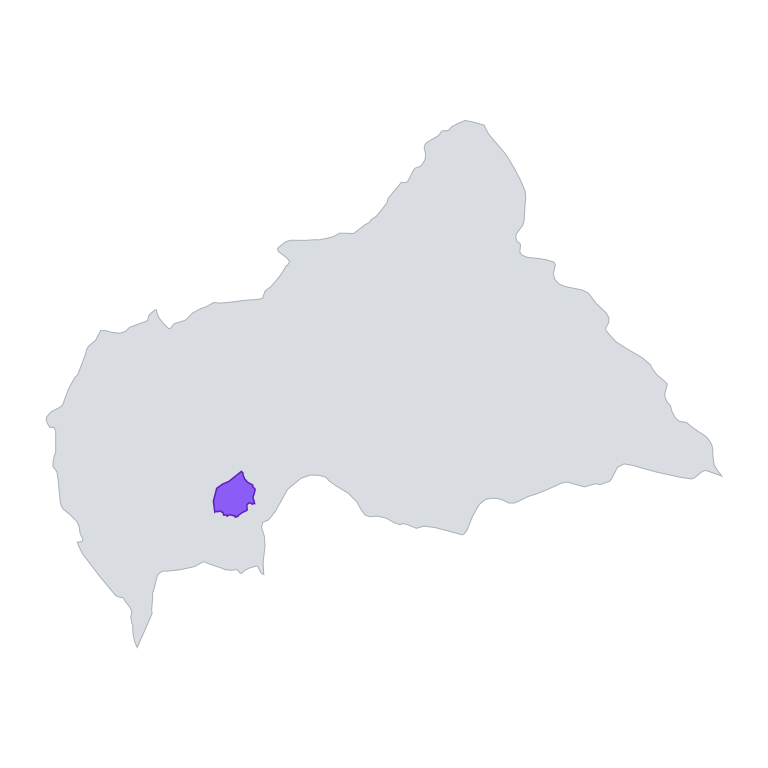 Boali, Ombella-M'Poko, Central African Republic (highlighted)
{"feature_id": "33826404B11454155454969", "entity_name": "Boali", "entity_type": "district", "adm_level": 2, "iso_a3": "CAF", "parent_name": "Central African Republic", "parent_adm1": "Ombella-M'Poko", "projection": "natural_earth1", "projection_center": [18.06, 4.808], "detail": "fine", "context": "in_parent", "style": "filled", "palette": "violet", "viewbox_px": 768, "rotation_deg": 0, "n_neighbors": 0, "source": "geoboundaries", "source_scale": "gbopen_adm2", "svg_char_len": 4855}
<svg xmlns="http://www.w3.org/2000/svg" viewBox="0 0 768 768"><path d="M546.4,259.8L554.0,262.1L555.4,264.8L553.3,273.7L554.8,279.3L559.1,284.0L563.5,285.9L567.7,287.1L582.3,290.0L588.4,293.2L596.4,303.7L606.5,313.2L609.0,318.2L608.6,322.8L605.6,328.3L606.1,330.6L610.7,336.1L616.0,341.8L625.7,348.1L642.6,358.0L650.3,364.7L652.9,369.7L657.2,375.1L663.3,380.1L667.3,384.0L664.6,394.8L665.4,398.4L666.9,401.5L670.4,405.8L671.9,411.3L675.4,418.2L679.5,421.3L686.4,422.4L690.1,425.6L697.7,431.1L705.1,435.8L708.3,439.1L710.2,441.9L711.9,445.4L712.7,448.7L712.9,456.1L714.2,465.2L718.2,471.5L721.9,476.1L706.9,470.8L704.6,470.6L702.0,471.6L694.1,478.1L691.6,478.9L681.8,477.6L657.8,472.4L639.4,467.4L633.9,465.6L624.0,463.9L617.5,467.3L611.5,478.9L609.7,481.2L600.1,484.7L595.6,483.7L584.5,486.9L567.4,482.1L561.3,483.1L556.5,485.5L544.2,490.8L536.7,493.8L528.1,496.5L519.8,500.7L514.3,503.0L508.8,503.0L503.9,500.6L498.6,498.6L492.2,498.2L485.5,499.4L479.8,504.0L477.5,507.4L472.6,516.2L466.8,530.5L464.5,533.4L462.5,534.9L435.7,527.7L424.1,526.1L416.3,528.3L406.6,524.3L402.3,523.6L400.3,524.8L394.9,523.0L386.0,518.1L377.5,516.1L369.9,516.8L365.3,515.1L361.5,510.4L356.7,501.7L348.0,493.0L336.3,486.0L329.0,480.8L326.1,477.3L319.8,475.4L310.2,475.0L300.9,478.4L287.6,489.3L275.3,511.5L268.4,520.0L262.9,522.2L261.5,527.5L264.3,536.0L265.0,545.8L263.1,562.5L263.8,574.6L260.8,572.6L258.0,567.0L256.7,565.8L248.5,568.4L244.3,570.7L242.1,572.9L240.3,573.3L237.8,570.2L235.7,569.6L232.5,570.2L229.2,570.1L227.1,569.7L225.7,570.0L221.9,568.2L207.8,563.5L205.4,562.0L202.6,562.1L195.4,566.2L191.5,567.3L179.9,569.8L167.5,571.1L162.8,571.1L159.5,572.9L157.4,575.5L153.5,590.8L152.5,593.5L152.7,597.3L151.6,609.7L152.1,613.6L137.2,647.5L134.7,641.8L133.2,635.2L132.6,627.6L133.0,625.6L132.0,623.4L130.7,617.1L131.9,613.1L131.0,609.0L128.1,604.8L125.5,601.7L123.9,598.9L122.7,597.6L119.8,597.2L115.9,595.8L99.4,575.9L82.3,553.5L78.8,546.3L77.4,542.1L81.6,541.6L82.6,540.8L82.7,538.9L80.1,533.2L78.9,525.9L76.8,521.4L70.0,514.6L63.6,509.4L61.6,506.7L60.4,502.9L58.0,478.8L56.9,471.9L54.9,468.9L53.4,467.5L52.9,465.8L53.1,461.5L54.0,457.7L54.0,456.2L55.7,452.8L55.7,430.5L53.7,427.4L49.8,427.4L47.8,424.1L46.1,420.0L46.6,417.1L50.3,412.6L52.8,410.8L60.1,407.2L62.2,405.4L63.4,403.2L64.3,400.3L68.6,388.8L74.9,377.3L77.6,375.0L84.0,358.1L85.5,353.8L86.6,349.5L88.6,346.0L95.6,340.3L100.8,330.3L106.5,330.8L112.3,332.5L119.8,333.2L125.7,331.3L129.5,327.4L147.6,320.7L148.9,315.3L151.8,312.5L155.1,310.0L156.3,309.7L156.5,311.5L158.5,317.1L162.7,322.6L168.7,328.7L170.5,328.3L174.2,323.7L183.7,320.8L186.1,319.6L192.8,312.9L200.9,308.5L205.6,307.0L213.7,302.5L219.5,303.1L228.8,302.4L244.4,300.3L255.6,299.6L261.3,298.8L262.7,297.9L264.9,291.4L266.6,289.6L270.8,286.8L279.1,277.1L284.5,268.9L286.1,265.9L287.3,265.4L289.6,261.9L287.3,258.3L278.0,251.1L278.1,250.1L277.6,248.8L278.1,247.8L281.7,244.8L286.4,241.4L291.5,240.2L304.7,240.4L316.0,239.7L318.7,239.9L327.5,238.2L333.5,236.6L339.7,233.1L353.7,233.5L365.3,224.5L368.7,222.9L370.2,221.5L370.6,220.2L376.0,216.6L382.1,209.3L387.0,202.7L388.3,198.1L401.4,182.3L406.0,182.6L408.3,180.6L413.5,170.1L415.1,168.2L420.6,166.3L423.1,163.2L425.4,158.6L425.4,152.8L424.3,148.2L424.3,146.0L425.6,143.9L427.7,141.9L437.7,136.2L440.2,133.5L441.7,131.0L444.5,130.6L447.6,130.8L449.5,129.3L451.7,126.7L458.7,123.2L465.1,120.5L471.8,121.7L484.1,125.1L487.8,132.7L489.6,135.3L504.8,153.1L507.7,157.3L515.3,170.2L519.9,178.9L525.2,191.4L525.8,198.2L525.1,204.1L524.1,220.6L522.7,225.3L516.1,234.2L515.9,238.2L517.2,241.6L519.3,242.9L520.5,244.6L519.8,252.3L522.2,255.3L527.2,257.3L539.8,258.7L546.4,259.8Z" fill="#d9dde1" stroke="#a8b0b8" stroke-width="1"/><path d="M245.9,480.1L244.8,479.4L244.4,478.8L244.3,477.5L243.5,476.4L243.0,474.8L242.9,472.8L242.6,472.4L242.1,472.2L241.7,471.8L241.4,471.4L229.0,481.3L224.6,483.3L223.2,483.7L216.7,488.3L213.4,501.2L214.8,512.1L215.2,511.7L216.0,511.6L216.6,511.6L217.4,511.7L217.9,511.6L218.7,511.5L219.0,511.3L219.6,511.0L220.3,511.1L220.7,511.2L221.1,511.5L221.4,512.0L222.0,512.1L222.6,512.2L223.0,512.5L223.1,512.8L223.2,513.4L223.4,514.2L223.4,514.5L223.6,514.9L223.8,515.2L224.3,515.2L224.8,515.1L225.2,514.9L225.6,514.8L226.3,515.1L226.6,515.6L226.9,516.0L227.3,516.2L227.7,515.8L228.4,515.2L229.0,515.0L229.9,514.9L230.9,515.0L231.6,515.1L232.0,515.3L232.8,515.5L233.9,515.7L234.3,515.6L234.7,515.5L234.8,516.2L234.9,516.6L235.2,517.1L235.9,517.1L236.4,516.8L237.1,516.5L237.9,516.4L238.0,516.0L238.4,515.4L240.6,513.7L242.7,512.3L245.4,511.2L247.2,510.0L246.8,505.5L247.7,503.9L248.8,503.0L250.0,503.0L251.2,503.3L251.8,503.8L252.5,504.3L253.1,503.7L253.9,503.3L254.6,503.5L254.3,502.2L253.9,500.5L253.1,498.6L253.1,496.6L253.7,495.1L254.0,494.4L255.1,490.0L254.8,488.6L252.9,487.1L252.7,485.0L247.3,482.1L245.9,480.1Z" fill="#8b5cf6" stroke="#5b21b6" stroke-width="1.5"/></svg>